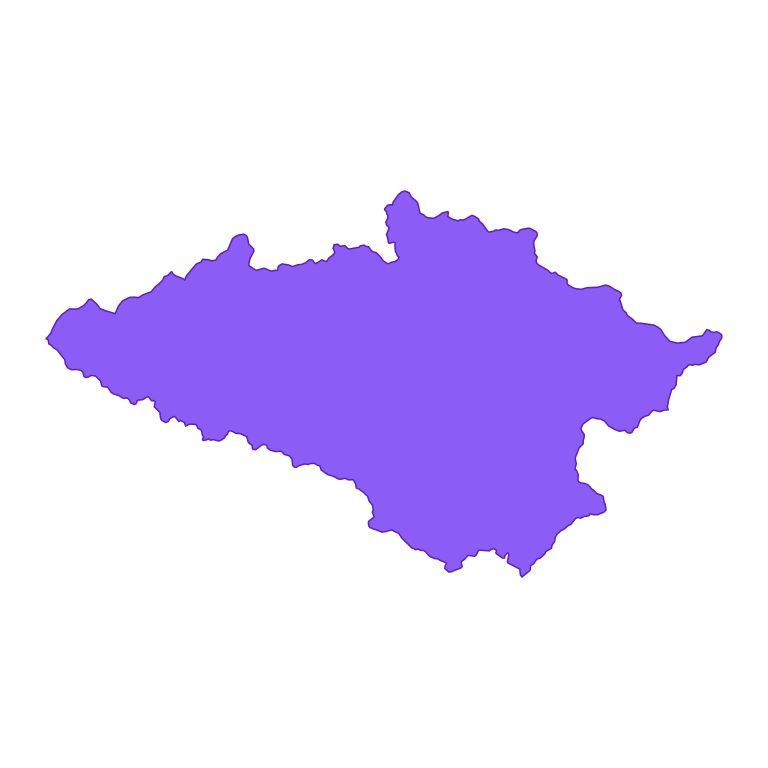 the district of Anta, Cusco, Peru
{"feature_id": "86281439B22932308486268", "entity_name": "Anta", "entity_type": "district", "adm_level": 2, "iso_a3": "PER", "parent_name": "Peru", "parent_adm1": "Cusco", "projection": "orthographic", "projection_center": [-72.385, -13.499], "detail": "fine", "context": "isolated", "style": "filled", "palette": "violet", "viewbox_px": 768, "rotation_deg": 0, "n_neighbors": 0, "source": "geoboundaries", "source_scale": "gbopen_adm2", "svg_char_len": 6090}
<svg xmlns="http://www.w3.org/2000/svg" viewBox="0 0 768 768"><path d="M372.3,512.1L374.2,516.8L368.6,521.4L368.3,522.9L368.9,526.2L370.0,527.6L382.1,532.1L386.9,531.4L391.3,529.8L398.8,533.5L401.8,538.0L411.8,547.9L414.1,548.6L415.2,549.7L418.5,549.2L421.0,550.5L423.6,550.4L425.8,552.0L428.8,555.7L430.7,556.9L434.8,558.6L437.9,558.8L440.1,560.4L446.4,562.9L446.6,563.6L445.2,565.5L444.8,568.5L448.7,572.0L450.5,572.0L461.5,567.7L462.2,566.2L461.2,562.9L461.5,561.6L464.9,559.0L468.0,555.4L474.6,556.2L476.1,555.3L478.4,550.7L479.2,550.1L489.1,550.9L493.3,548.4L495.6,549.7L496.5,550.8L495.8,552.7L496.3,553.6L502.7,558.1L504.6,558.0L504.9,555.8L507.3,553.0L508.1,553.3L508.9,554.7L507.4,561.4L507.7,562.8L519.8,569.1L520.4,574.9L522.0,577.0L530.1,570.3L530.7,565.7L533.5,563.9L536.9,559.1L540.0,558.2L544.7,554.1L545.9,551.5L551.5,548.3L552.0,545.2L554.6,541.6L555.4,537.0L556.9,534.4L560.8,530.8L564.4,528.9L568.2,525.6L570.9,524.4L575.5,518.6L577.7,517.5L580.9,518.2L584.0,516.5L588.7,515.8L590.3,513.8L593.4,514.7L597.6,514.7L603.9,512.2L606.1,509.9L605.2,504.1L604.1,502.3L603.3,496.7L602.1,495.5L596.8,493.5L593.0,489.7L591.4,488.9L589.8,486.5L587.7,484.6L584.6,483.5L580.8,483.0L578.6,481.6L577.9,480.2L578.3,474.7L576.4,470.3L574.9,469.1L576.4,463.4L575.5,460.5L575.3,457.7L579.1,447.9L583.2,443.8L583.2,440.7L584.3,436.8L584.2,434.4L581.8,431.0L580.9,428.4L583.0,424.0L591.4,417.9L593.5,417.7L597.7,418.9L600.3,418.9L604.5,421.0L608.6,426.0L614.6,429.4L619.7,431.3L624.7,430.2L627.2,432.5L629.4,433.2L631.7,432.6L634.3,428.3L637.3,427.2L640.2,420.0L641.6,418.4L644.7,416.3L648.6,415.2L651.8,411.3L653.4,410.2L660.0,411.6L664.2,410.1L668.1,409.8L667.4,406.7L668.6,399.8L671.7,389.5L674.1,388.3L676.2,384.7L676.9,375.6L680.1,375.7L681.9,373.8L683.3,369.6L687.2,366.7L688.2,365.2L690.2,364.7L692.7,365.3L694.9,364.3L699.0,364.9L706.0,362.2L708.7,357.2L715.2,352.3L716.3,347.2L717.7,345.9L719.8,340.9L721.7,338.0L721.9,335.8L721.4,334.5L718.4,332.4L716.7,331.9L713.6,332.4L710.8,331.7L709.3,330.4L706.8,329.6L702.5,335.8L692.0,337.2L685.4,342.2L677.6,343.1L670.0,341.4L664.8,335.8L660.7,329.3L658.4,327.5L654.0,325.1L640.2,323.1L636.5,323.2L632.7,319.4L627.2,315.4L626.4,313.1L622.9,309.8L620.2,300.8L619.4,299.6L621.5,295.5L620.9,293.1L619.1,291.6L614.5,289.5L609.1,286.0L605.5,285.0L597.7,287.3L587.1,287.7L581.3,289.3L576.2,288.8L573.1,287.8L568.1,284.9L567.0,283.2L567.2,280.3L566.7,279.3L558.0,275.0L555.2,272.2L552.3,273.4L550.5,272.8L547.3,269.9L538.4,264.8L536.6,262.8L536.1,259.9L537.4,256.9L534.4,253.3L535.0,250.9L533.6,243.9L534.2,240.6L537.1,236.1L537.0,232.9L535.9,231.5L530.0,228.4L528.1,228.2L521.6,229.4L519.4,230.5L518.6,232.0L516.9,232.9L513.0,231.8L508.4,229.5L503.9,228.8L498.1,230.4L495.8,229.9L493.7,231.2L489.1,232.1L487.8,231.4L482.5,223.9L479.2,221.1L478.7,219.1L475.0,216.5L471.9,215.3L464.2,219.8L460.0,219.9L457.9,220.8L452.5,219.2L447.8,216.6L448.4,212.6L447.8,211.6L442.1,213.0L439.1,215.5L433.8,218.3L427.6,217.7L425.6,216.8L423.7,214.8L420.1,213.2L417.5,202.3L411.1,196.7L409.3,192.9L405.0,191.0L401.7,191.9L398.4,194.7L393.4,201.6L392.2,205.0L390.7,204.6L387.7,205.2L384.6,208.8L384.9,210.2L386.5,211.6L386.7,213.9L387.7,215.1L387.9,216.4L387.8,218.0L385.8,222.2L386.5,225.0L389.2,227.6L386.4,234.8L387.4,236.8L388.5,242.9L389.4,243.3L393.4,242.2L395.3,242.9L394.9,245.0L395.4,251.6L396.5,253.0L397.4,255.9L399.1,257.1L398.0,259.5L395.0,261.6L391.4,262.3L388.9,263.6L387.0,263.4L383.3,260.8L379.4,255.7L375.9,252.4L373.1,251.9L371.3,250.6L368.5,246.7L365.5,246.3L364.3,245.1L360.3,245.8L359.0,247.3L349.3,249.0L347.7,248.5L345.0,245.7L339.8,246.2L337.9,244.3L336.6,244.3L333.9,244.9L333.9,246.3L333.0,248.1L334.7,251.8L333.9,254.2L328.9,258.0L326.8,261.2L325.1,261.3L322.0,259.8L315.8,263.6L314.6,263.0L312.5,260.1L309.3,259.7L305.6,262.8L301.7,264.4L298.0,264.7L292.5,266.6L288.3,264.9L282.1,263.9L278.8,265.8L278.1,267.0L277.9,269.8L276.6,270.5L275.3,270.2L271.5,271.2L264.0,268.2L256.0,270.4L249.1,265.7L248.8,264.6L249.9,258.9L253.9,251.2L253.6,248.9L248.7,244.1L247.4,237.1L246.1,235.5L243.8,234.1L238.9,235.0L235.6,236.3L232.6,238.5L227.7,250.0L220.7,253.7L217.6,257.0L215.8,260.1L211.5,260.8L208.4,259.7L202.6,259.3L201.1,262.0L197.2,263.5L195.7,264.7L186.5,275.7L184.6,280.0L182.8,278.6L175.3,275.7L172.9,273.8L171.8,271.8L171.2,271.9L167.7,275.5L164.2,276.7L162.7,280.1L159.4,283.6L155.3,286.7L151.3,291.7L142.6,295.0L138.5,297.6L133.5,297.1L129.6,297.4L122.6,300.8L118.4,306.1L115.2,313.6L105.6,310.8L100.1,308.6L96.5,303.8L91.2,299.1L88.7,299.6L86.5,302.8L83.5,305.7L78.8,308.4L75.7,309.1L69.6,308.9L62.0,314.5L56.7,320.8L52.1,329.7L51.0,333.0L46.1,338.8L48.1,339.5L48.8,343.9L50.9,345.0L53.8,348.0L57.0,349.8L64.9,359.9L65.3,363.7L67.5,367.8L71.3,369.7L77.1,369.5L81.4,370.5L82.9,372.6L83.9,376.3L85.2,377.3L87.7,377.3L91.3,375.4L95.6,376.1L100.6,381.2L101.8,385.8L103.7,386.8L107.6,387.1L111.3,392.5L113.6,394.0L118.6,395.5L123.2,398.3L127.1,398.0L127.9,398.5L129.5,400.1L130.7,402.8L134.3,404.6L136.1,403.6L137.5,400.2L142.5,399.7L147.0,397.0L148.5,396.8L151.5,400.7L152.0,401.0L153.9,400.5L155.2,401.6L154.3,407.0L159.9,412.4L160.5,418.0L161.6,420.3L165.8,422.5L168.1,421.6L170.0,418.6L174.1,416.4L175.4,417.3L178.9,421.4L180.6,420.5L184.4,422.5L185.6,426.0L189.6,424.1L196.1,424.5L198.1,428.5L200.7,429.5L201.8,431.6L202.2,434.7L203.6,436.9L202.5,439.5L203.1,440.5L206.3,440.0L208.2,438.9L210.8,440.3L213.0,439.5L218.4,441.0L219.8,440.8L224.4,438.1L225.2,436.3L227.6,434.0L228.4,431.5L229.6,430.8L231.9,431.2L236.1,433.4L240.5,433.6L246.7,436.7L248.1,441.9L249.6,443.7L252.2,445.3L252.3,448.1L253.1,449.4L255.6,449.7L262.1,444.8L264.5,444.5L266.9,445.4L267.4,448.2L270.5,450.2L275.6,451.6L280.4,451.3L281.7,451.7L284.1,454.3L289.3,455.9L291.9,458.8L292.7,465.4L294.4,467.1L296.6,467.2L298.9,465.6L304.5,464.0L308.5,464.4L310.7,463.4L314.6,463.5L317.8,465.4L319.8,465.7L321.1,469.9L327.3,474.4L333.1,476.2L338.8,479.1L340.5,479.3L345.2,478.3L348.4,479.9L353.1,479.7L355.7,483.9L356.3,488.0L358.8,489.0L363.9,492.7L367.6,496.3L369.1,501.0L372.5,505.3L373.2,509.8L372.3,512.1Z" fill="#8b5cf6" stroke="#5b21b6" stroke-width="1.5"/></svg>